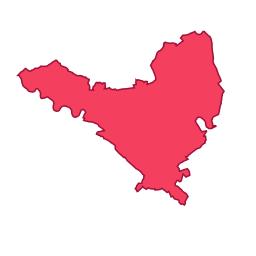 Blaj, Alba, Romania, rotated 171°
{"feature_id": "2599482B66726389120043", "entity_name": "Blaj", "entity_type": "district", "adm_level": 2, "iso_a3": "ROU", "parent_name": "Romania", "parent_adm1": "Alba", "projection": "equal_earth", "projection_center": [23.921, 46.156], "detail": "fine", "context": "isolated", "style": "filled", "palette": "rose", "viewbox_px": 256, "rotation_deg": 171, "n_neighbors": 0, "source": "geoboundaries", "source_scale": "gbopen_adm2", "svg_char_len": 5778}
<svg xmlns="http://www.w3.org/2000/svg" viewBox="0 0 256 256"><g transform="rotate(171 128 128)"><path d="M78.8,206.7L79.3,206.0L79.7,204.8L79.3,204.8L80.2,203.0L81.7,201.0L82.7,200.5L83.0,200.1L83.9,199.5L85.7,199.0L87.2,197.9L87.6,197.4L89.0,194.7L89.4,193.6L89.9,192.8L90.7,191.8L91.3,191.4L92.3,190.3L92.7,190.5L96.0,186.1L95.6,185.5L94.8,182.6L94.5,182.3L93.0,175.6L92.7,172.2L93.5,171.0L96.0,169.6L96.5,169.2L102.3,168.0L101.6,170.8L103.8,171.4L104.6,170.7L105.0,170.5L105.1,171.0L106.2,172.2L107.5,172.6L110.6,174.1L111.0,173.8L112.1,173.9L112.5,174.4L112.9,172.4L113.2,172.1L113.0,169.9L116.0,169.6L115.5,166.7L117.5,166.9L123.5,167.0L128.0,167.4L133.0,166.9L134.5,168.4L135.1,168.0L135.7,168.5L137.0,168.2L139.3,169.5L139.9,170.7L142.4,170.2L142.4,170.3L145.0,170.4L144.3,171.0L144.0,171.9L144.0,172.6L143.7,173.9L143.7,176.1L145.4,176.4L145.6,176.2L146.4,175.4L147.0,176.2L148.5,177.5L148.9,177.2L149.8,177.4L150.3,177.5L150.5,177.5L150.6,177.2L151.4,177.5L151.4,177.8L151.7,177.9L152.2,177.8L152.7,177.5L153.6,176.4L154.1,175.2L155.7,174.5L156.8,172.3L156.2,171.0L156.2,170.7L158.9,171.4L159.7,171.3L160.3,171.8L160.2,172.4L159.5,173.4L159.4,175.6L160.0,177.3L160.5,177.7L160.5,178.0L160.3,178.2L160.4,179.2L159.1,180.8L159.0,181.4L158.7,181.7L158.7,181.9L159.2,182.4L161.4,183.9L161.6,184.6L162.2,185.1L162.6,184.7L163.1,184.8L164.3,185.8L164.5,185.7L164.8,185.9L164.7,186.1L165.7,186.8L166.2,186.7L166.5,187.0L167.0,187.3L169.6,187.5L170.8,188.2L173.0,190.0L173.5,190.1L173.8,191.1L174.4,191.6L178.4,193.8L178.6,194.2L178.0,195.0L179.6,197.3L184.3,199.9L184.8,200.9L184.9,202.4L186.1,203.1L187.0,204.2L187.7,205.7L188.5,206.3L193.0,204.5L193.9,203.7L195.7,203.2L197.9,202.0L198.6,201.8L200.6,201.9L203.3,202.4L204.0,202.7L204.4,202.7L205.2,202.1L206.6,201.5L208.1,201.2L209.0,201.2L210.1,201.5L210.7,201.5L211.6,200.7L212.8,200.2L213.7,200.3L214.9,199.8L215.5,199.2L217.1,200.0L219.9,202.9L223.8,200.3L225.2,200.0L226.0,199.2L228.6,197.2L227.5,197.0L226.8,195.7L225.6,192.4L225.7,189.9L225.2,186.5L223.9,184.4L221.7,182.4L220.7,180.5L220.0,179.7L217.0,178.5L215.5,178.5L214.1,179.1L213.1,180.7L212.0,181.2L211.0,180.8L209.3,177.8L209.0,176.2L209.5,173.7L209.5,172.2L209.1,171.0L208.5,170.7L207.2,170.6L205.6,170.7L203.6,171.3L202.5,171.2L198.6,167.3L197.7,166.3L197.3,164.0L198.5,161.1L198.7,159.2L198.6,158.0L198.0,157.0L196.4,155.9L195.3,155.7L194.0,155.7L193.1,156.2L191.0,158.7L189.7,159.5L188.4,159.8L186.5,159.5L183.1,157.7L181.8,156.4L181.0,154.6L181.2,151.2L180.9,149.3L180.2,147.8L178.6,146.9L177.7,146.9L175.8,147.4L174.5,148.1L171.2,153.1L170.4,153.3L169.2,153.1L168.2,152.1L167.2,150.3L169.0,148.1L170.8,145.2L169.1,144.2L169.9,143.6L170.6,142.4L165.6,140.3L164.6,140.0L163.7,139.9L162.1,139.4L157.3,136.5L156.9,136.1L156.6,134.5L153.6,131.6L151.7,129.1L153.5,128.8L153.8,128.9L154.2,129.2L154.8,129.0L158.5,128.8L159.6,128.0L160.1,126.8L159.4,126.4L158.5,126.3L158.5,125.7L158.3,125.5L156.6,125.1L156.4,124.7L156.5,124.1L156.3,123.9L154.8,123.8L154.1,123.1L153.8,122.9L153.7,122.3L153.3,121.6L153.5,121.3L152.6,121.0L149.1,118.4L147.8,117.1L147.1,116.2L145.9,115.3L143.9,113.3L143.2,111.6L143.7,110.9L143.8,109.6L143.7,108.9L141.0,104.8L136.6,99.3L135.6,99.7L133.7,95.7L127.6,88.3L126.4,86.6L125.6,86.1L123.2,83.9L121.5,81.7L120.6,79.8L119.3,78.6L119.9,77.7L120.1,76.5L120.6,75.5L122.2,73.7L122.9,71.5L123.5,71.3L124.6,71.4L125.7,71.8L126.3,71.7L128.4,69.6L129.1,68.2L130.2,67.1L130.3,66.6L129.6,66.4L128.9,63.8L127.9,64.0L123.2,67.2L122.8,68.2L122.7,68.2L122.6,67.5L122.1,66.9L119.5,64.6L118.4,65.1L118.3,65.3L117.5,65.6L116.3,65.2L115.3,64.4L114.2,64.3L113.3,63.9L112.7,63.8L111.1,63.9L111.2,62.7L110.6,62.5L108.8,62.3L105.2,62.3L104.0,63.1L100.4,59.4L100.0,58.6L99.5,58.3L99.0,58.3L97.8,59.0L96.8,56.0L96.2,53.2L94.5,53.6L93.3,50.8L89.7,49.1L89.1,48.7L89.1,46.4L87.5,44.3L86.5,44.6L86.2,44.5L84.9,43.7L84.5,43.1L83.6,43.9L83.3,44.4L83.0,45.9L82.9,46.7L79.9,50.5L79.4,50.9L79.9,51.6L79.8,51.8L80.4,53.3L81.0,54.2L83.7,56.6L84.2,57.3L84.8,58.7L87.0,61.1L87.3,61.8L88.1,62.6L89.6,63.3L90.0,63.8L90.2,64.3L90.2,65.7L90.0,66.2L89.0,67.0L87.9,68.4L87.4,68.6L86.8,68.4L85.5,66.9L83.8,67.3L80.8,74.0L78.5,70.5L74.4,71.6L74.2,74.5L74.6,76.3L75.7,78.5L78.4,78.2L83.9,77.1L84.0,77.5L83.8,77.6L83.9,79.7L85.3,82.5L84.4,83.2L83.4,84.3L82.2,85.0L80.6,85.7L79.9,85.7L77.5,86.8L75.8,87.1L73.6,87.8L73.9,88.3L74.8,89.3L74.8,89.7L75.4,90.1L75.6,90.5L74.6,90.7L74.0,90.6L72.9,91.1L72.0,92.0L71.1,92.3L70.8,92.7L63.2,96.8L62.0,96.8L60.0,97.3L58.9,98.1L58.0,99.3L57.0,100.0L54.1,101.3L54.0,102.4L53.8,103.3L52.9,103.7L52.7,107.8L55.2,108.0L54.2,108.2L54.1,108.7L53.6,109.5L51.0,112.3L51.0,112.9L55.7,112.8L57.1,115.9L58.8,120.4L59.1,120.4L60.5,124.3L57.9,127.2L56.3,127.7L54.6,127.2L52.2,124.7L50.5,122.0L50.7,119.7L50.3,116.8L48.1,114.8L45.9,114.4L42.0,115.6L40.9,116.0L41.1,116.6L42.5,116.8L44.1,116.2L43.7,118.7L44.3,122.7L43.9,122.8L43.2,123.9L42.5,125.3L40.7,126.1L36.6,127.2L36.4,128.0L35.8,128.8L35.8,129.2L34.9,131.0L34.9,131.8L34.6,132.6L34.2,133.0L34.2,133.3L33.9,133.7L34.0,134.5L33.3,135.7L32.8,136.3L32.8,136.8L32.1,137.7L32.0,139.4L31.6,140.0L30.9,141.8L30.8,143.5L29.8,145.2L29.8,145.7L29.2,147.3L27.8,148.6L27.4,149.4L32.1,157.8L28.7,159.8L28.7,160.6L29.7,164.8L30.4,166.9L31.2,171.9L31.7,173.9L32.0,174.3L32.4,175.7L33.4,178.3L33.6,180.2L33.6,180.7L32.8,183.5L32.6,187.6L32.6,191.8L32.4,194.4L31.8,198.6L32.1,203.0L32.3,204.2L33.0,205.7L34.3,206.8L37.5,211.3L38.8,211.6L41.3,209.3L43.0,209.1L45.3,210.2L45.6,210.5L46.9,212.9L47.7,212.5L49.4,212.2L49.8,211.9L51.3,211.9L51.3,211.5L55.4,210.7L59.5,211.0L62.0,208.6L59.8,205.4L61.3,204.8L65.8,202.3L67.5,201.6L67.7,202.2L67.2,203.4L67.4,203.7L67.7,203.9L68.7,204.2L70.4,205.0L73.1,205.1L74.8,205.6L75.8,205.7L76.2,206.1L77.6,206.8L78.8,206.7Z" fill="#f43f5e" stroke="#9f1239" stroke-width="1.5"/></g></svg>